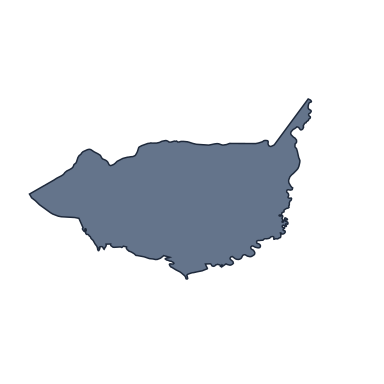 Mosquera, Nariño, Colombia, rotated 244°
{"feature_id": "7082276B72973217917261", "entity_name": "Mosquera", "entity_type": "district", "adm_level": 2, "iso_a3": "COL", "parent_name": "Colombia", "parent_adm1": "Nariño", "projection": "orthographic", "projection_center": [-78.47, 2.424], "detail": "fine", "context": "isolated", "style": "filled", "palette": "slate", "viewbox_px": 384, "rotation_deg": 244, "n_neighbors": 0, "source": "geoboundaries", "source_scale": "gbopen_adm2", "svg_char_len": 6097}
<svg xmlns="http://www.w3.org/2000/svg" viewBox="0 0 384 384"><g transform="rotate(244 192 192)"><path d="M151.6,284.3L152.3,283.8L153.6,283.4L157.2,283.1L158.1,283.2L159.6,283.7L160.4,284.2L162.7,286.6L163.7,288.9L164.3,291.3L165.8,295.6L166.6,297.4L168.0,299.1L169.4,300.3L171.3,301.8L172.8,302.7L174.2,302.9L176.1,303.0L182.4,304.5L184.9,304.9L185.4,304.9L186.8,304.4L187.7,304.4L190.0,305.7L190.6,307.4L191.2,308.0L192.9,308.7L195.3,308.2L196.9,307.2L199.9,306.2L201.2,306.3L201.7,306.6L202.7,307.5L203.7,309.9L203.9,310.6L203.9,311.7L204.2,313.6L204.6,314.7L204.4,315.2L203.1,316.2L200.8,316.6L200.2,316.9L199.9,317.6L199.9,318.5L200.3,319.6L201.0,320.1L201.4,320.8L202.6,320.9L204.3,323.2L204.4,323.6L204.3,324.9L205.0,325.7L205.3,327.9L205.5,328.2L206.1,328.6L206.3,328.9L206.4,330.1L206.7,330.7L207.0,331.0L207.7,331.3L209.2,330.6L210.1,330.6L210.6,330.8L211.0,331.2L211.2,332.8L211.6,333.6L212.0,334.3L212.5,334.6L213.3,334.6L215.1,333.4L215.9,333.2L216.6,333.2L218.2,334.0L219.5,335.0L220.5,336.0L220.8,336.8L220.7,338.7L221.0,339.0L222.1,339.0L222.9,338.7L224.7,337.2L198.6,287.2L198.2,286.1L198.3,282.9L198.8,282.2L199.8,281.4L201.3,281.3L202.5,281.7L203.6,282.5L204.9,282.5L205.5,281.7L206.3,280.3L206.6,279.1L206.3,277.3L206.9,273.2L207.6,270.5L219.2,247.0L219.5,243.8L220.6,240.3L221.7,239.0L223.6,237.2L224.5,235.8L225.4,233.1L226.8,227.6L233.0,216.8L235.4,213.9L238.2,211.0L239.2,209.8L241.1,206.7L242.3,204.2L242.6,202.3L243.2,201.1L244.6,200.5L244.8,199.4L245.5,198.5L246.1,194.8L246.9,193.3L248.4,192.5L249.6,191.3L249.9,190.6L250.8,187.1L250.8,184.6L251.5,181.6L253.3,177.8L254.2,176.4L254.3,175.5L255.0,173.6L255.7,167.2L255.6,164.3L255.3,163.6L252.2,160.6L251.4,159.6L250.1,157.7L249.7,156.8L249.7,154.9L249.9,153.9L250.3,153.1L251.4,149.5L251.6,149.1L252.5,144.6L252.4,138.2L251.5,135.6L251.1,133.7L251.2,131.5L251.4,130.4L252.4,129.6L253.0,129.4L255.8,129.4L257.4,128.9L258.7,128.1L261.0,126.1L262.4,125.8L265.1,125.7L267.6,124.2L270.9,121.7L274.5,119.6L275.3,118.6L275.6,117.8L275.9,116.5L276.0,111.7L275.4,109.9L274.6,108.6L274.2,106.5L273.0,104.6L269.7,101.4L269.2,100.7L268.9,100.3L268.4,98.0L267.0,96.5L266.5,95.8L266.0,94.3L265.8,92.1L265.8,88.7L265.2,86.3L264.6,85.2L264.1,83.9L263.8,81.9L263.7,76.6L263.4,74.1L263.3,73.6L261.4,45.0L258.0,45.3L257.3,45.2L252.9,47.4L247.5,49.3L235.3,55.8L233.2,57.2L228.9,61.2L227.1,63.6L220.5,75.4L217.9,78.8L207.7,78.4L206.9,77.3L206.0,77.3L204.1,77.7L203.6,78.0L204.0,78.6L204.9,79.0L205.8,79.8L205.7,80.2L205.1,80.5L204.0,80.2L203.7,80.0L203.0,78.9L201.4,78.4L200.5,78.5L200.1,78.7L199.4,79.9L198.7,80.3L197.4,80.4L196.6,81.0L194.5,80.9L191.8,81.9L187.9,82.1L184.8,82.7L182.7,82.4L181.6,82.0L180.4,82.1L180.2,82.4L180.8,83.5L182.1,84.7L182.3,84.7L182.4,84.0L182.8,84.1L183.1,85.3L182.8,86.3L182.2,87.3L181.2,87.7L180.0,87.6L179.0,87.9L179.4,88.6L180.1,89.2L180.5,90.2L181.0,90.9L181.8,91.6L182.8,91.9L180.9,96.1L180.4,95.7L179.3,95.6L177.0,96.8L176.4,97.8L174.0,103.6L172.9,104.6L173.1,105.7L173.4,106.5L171.3,109.1L170.1,108.3L168.2,108.6L167.6,109.1L166.8,109.2L164.6,111.2L161.8,113.0L159.6,113.8L158.8,115.1L154.7,120.6L150.8,124.5L148.9,127.6L147.3,129.6L146.6,131.3L146.3,134.6L147.0,137.9L147.3,138.6L143.0,143.5L143.1,142.4L143.7,140.4L143.8,139.2L143.6,138.6L142.1,139.3L141.1,140.5L139.5,141.9L139.0,142.9L136.6,144.5L135.7,144.4L135.5,143.6L136.0,142.5L137.0,140.9L137.1,140.6L137.0,140.1L136.8,139.9L136.2,139.8L134.8,139.9L133.8,140.2L133.2,140.8L129.1,143.4L125.4,146.2L123.9,147.0L119.9,148.7L118.6,148.9L116.7,148.6L116.1,149.1L115.9,149.8L116.1,150.2L116.3,150.3L117.9,150.6L118.2,150.8L119.4,150.8L119.7,151.3L119.9,152.6L119.4,156.6L118.8,158.2L118.1,161.3L116.7,166.6L116.3,172.1L116.6,172.4L119.5,172.3L121.4,172.5L119.4,177.1L118.8,177.4L116.9,177.6L115.9,178.5L115.6,179.6L115.7,180.5L116.1,181.6L115.8,182.3L115.9,183.1L114.3,185.0L113.5,185.3L112.8,184.9L112.5,185.1L112.6,186.0L113.4,187.0L113.2,187.1L111.7,186.2L112.5,191.1L111.5,191.8L109.7,193.9L109.4,194.6L109.3,195.6L109.4,196.9L109.9,198.0L111.6,198.3L114.5,197.0L115.3,196.9L116.1,197.5L116.6,198.7L116.4,199.9L112.9,201.7L111.8,202.8L110.9,204.4L110.7,205.8L110.8,206.8L111.3,208.0L111.9,208.5L112.8,210.0L112.8,211.2L112.3,212.3L110.2,213.6L108.6,215.5L108.1,216.5L108.0,217.6L108.2,219.7L108.5,220.8L109.3,221.5L110.2,221.9L110.9,221.9L112.7,221.7L114.8,220.3L115.3,220.2L116.5,220.5L116.9,221.0L117.2,222.2L117.0,222.7L116.3,223.5L114.8,224.5L113.2,226.4L112.5,227.6L112.4,228.7L112.9,229.4L113.5,229.9L114.4,230.0L115.1,229.9L116.1,229.3L117.3,228.0L117.9,227.9L119.1,228.3L119.5,228.8L119.5,230.0L118.6,231.8L118.5,232.4L117.7,234.3L117.6,234.7L118.1,236.2L118.1,236.9L117.1,238.9L116.6,240.7L116.6,241.8L117.1,243.2L116.8,244.6L116.3,245.4L115.7,245.7L115.1,245.6L114.0,244.9L113.6,244.9L113.4,245.4L113.4,246.6L112.3,248.5L112.5,250.6L112.3,251.1L112.4,251.4L112.6,251.9L114.3,253.0L116.5,253.5L116.4,253.8L116.0,254.1L115.0,254.3L114.7,254.5L114.3,255.4L114.3,256.8L114.8,257.9L115.3,258.3L115.8,258.5L116.5,258.4L117.2,257.4L117.9,257.2L118.6,257.6L118.8,259.1L119.0,259.4L119.3,259.4L119.5,259.4L120.2,258.3L120.6,257.9L121.4,257.9L121.9,258.2L122.2,258.7L122.1,259.6L121.4,260.3L120.1,260.6L119.8,261.3L119.9,261.8L120.2,262.0L121.8,261.8L122.2,262.2L122.2,262.6L121.1,263.8L121.4,264.3L122.1,264.7L123.1,264.7L124.5,263.4L125.0,263.3L125.4,263.5L125.7,263.9L125.7,264.3L125.2,265.0L125.3,265.4L125.6,265.8L126.4,265.6L127.8,264.6L127.9,264.1L127.8,263.8L126.6,263.0L125.2,261.2L125.0,260.5L125.3,259.9L125.9,260.0L126.9,261.4L128.9,261.3L130.1,262.8L130.6,263.0L131.0,263.0L131.2,262.7L131.6,260.9L132.0,260.2L132.5,259.9L132.8,260.0L133.0,260.4L132.4,261.7L132.5,262.7L132.8,263.0L133.5,263.4L134.0,264.0L133.8,265.9L134.5,266.4L135.2,266.6L135.5,267.1L135.8,269.7L135.4,271.2L135.6,272.4L137.0,272.8L137.7,273.8L139.6,274.7L140.9,276.1L141.0,277.1L141.4,277.8L142.4,278.6L143.1,278.5L143.6,277.0L144.4,276.1L144.7,276.0L145.3,276.0L146.4,277.3L147.7,277.8L148.7,277.8L150.3,277.1L151.3,277.5L152.0,278.2L152.0,279.3L150.6,281.2L150.2,282.7L150.3,283.2L151.6,284.3Z" fill="#64748b" stroke="#1e293b" stroke-width="1.5"/></g></svg>